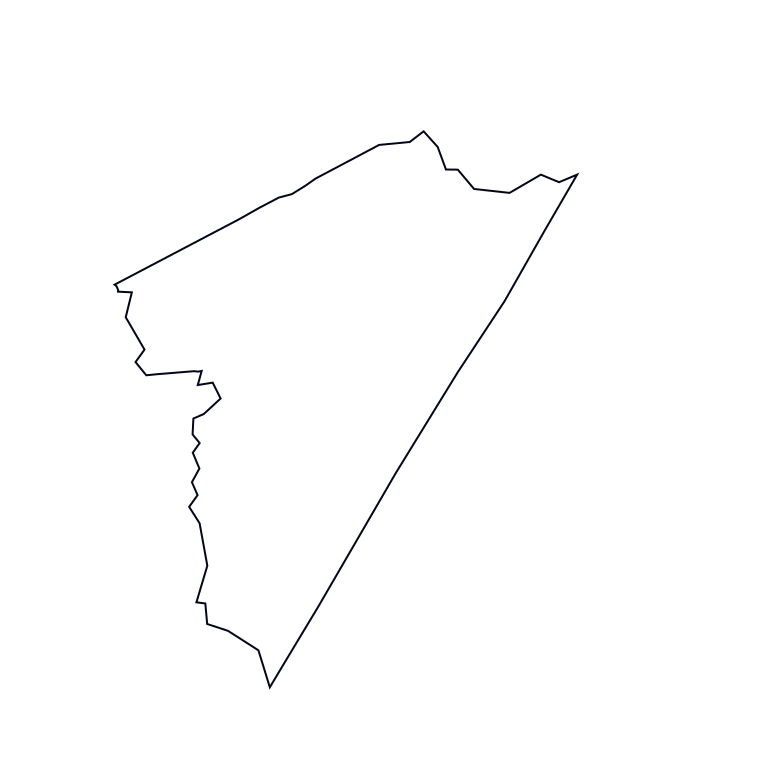 outline of Southampton, Virginia, United States of America, rotated 152°
{"feature_id": "52423323B94499029324325", "entity_name": "Southampton", "entity_type": "district", "adm_level": 2, "iso_a3": "USA", "parent_name": "United States of America", "parent_adm1": "Virginia", "projection": "robinson", "projection_center": [-77.053, 36.77], "detail": "fine", "context": "isolated", "style": "outline", "palette": "ink", "viewbox_px": 768, "rotation_deg": 152, "n_neighbors": 0, "source": "geoboundaries", "source_scale": "gbopen_adm2", "svg_char_len": 874}
<svg xmlns="http://www.w3.org/2000/svg" viewBox="0 0 768 768"><g transform="rotate(152 384 384)"><path d="M545.7,218.8L454.5,275.5L415.3,299.9L313.3,359.8L238.7,400.5L171.6,443.1L115.2,478.2L134.7,480.0L147.2,495.2L183.4,493.8L212.9,513.9L218.2,538.6L228.6,544.3L225.3,568.1L230.4,588.5L247.7,585.6L276.1,597.4L348.2,597.5L359.9,596.0L376.1,594.9L380.1,595.8L389.4,598.0L411.3,598.1L434.7,597.5L575.3,598.2L574.3,596.1L574.6,591.7L575.5,590.4L563.6,583.3L580.7,564.2L579.3,526.8L593.1,520.0L589.8,503.3L580.3,499.4L545.7,484.5L542.5,482.3L538.9,481.1L548.9,470.5L534.6,465.6L535.1,447.9L557.2,442.1L568.5,443.0L576.7,429.3L574.5,418.4L585.1,413.1L586.7,396.0L599.7,387.5L600.8,373.4L613.7,367.0L612.2,347.6L625.3,306.5L652.1,279.3L644.8,274.1L652.8,255.1L637.7,239.4L619.9,207.8L627.2,169.8L610.7,179.8L545.7,218.8Z" fill="none" stroke="#020617" stroke-width="2"/></g></svg>